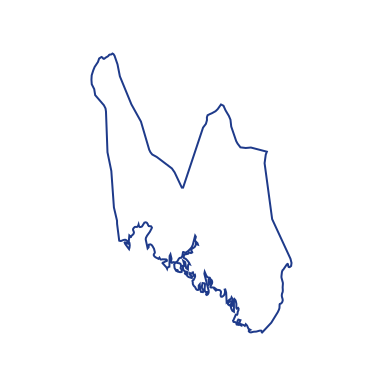 an SVG outline of Västernorrland, rotated 76°
{"feature_id": "SWE-191", "entity_name": "Västernorrland", "entity_type": "County", "adm_level": 1, "iso_a3": "SWE", "parent_name": "Sweden", "parent_adm1": "", "projection": "natural_earth1", "projection_center": [17.916, 63.083], "detail": "fine", "context": "isolated", "style": "outline", "palette": "blue", "viewbox_px": 384, "rotation_deg": 76, "n_neighbors": 0, "source": "natural_earth", "source_scale": "10m", "svg_char_len": 6111}
<svg xmlns="http://www.w3.org/2000/svg" viewBox="0 0 384 384"><g transform="rotate(76 192 192)"><path d="M345.6,158.7L345.3,158.4L344.1,157.9L343.2,158.5L342.9,160.0L343.0,163.1L342.9,163.9L342.6,165.4L342.5,166.1L342.5,168.8L341.9,170.0L340.9,170.6L340.1,170.3L339.8,168.8L338.3,170.3L334.9,170.9L333.3,171.8L333.7,172.1L334.7,173.1L333.9,173.7L332.6,175.7L331.9,176.7L333.3,176.7L332.2,178.1L330.9,178.0L328.1,176.0L327.0,177.9L328.1,179.0L330.2,179.5L331.9,179.6L331.4,180.7L330.6,180.8L329.7,180.7L328.9,181.2L328.5,182.1L328.3,182.8L327.9,183.2L326.8,183.3L326.5,182.9L324.6,181.4L324.2,181.2L323.6,180.6L322.3,179.7L321.6,179.1L322.0,177.9L321.2,177.3L320.0,176.9L319.0,176.4L317.9,175.5L316.4,175.0L315.6,175.3L316.0,176.7L315.1,177.0L311.3,176.0L308.5,175.9L307.3,176.1L306.2,176.7L307.6,177.6L318.3,180.3L317.1,181.5L314.9,182.1L310.4,182.1L310.9,183.3L309.8,184.2L308.8,184.1L307.9,183.3L307.6,182.1L307.4,180.7L308.9,180.3L312.2,180.3L312.2,179.6L305.8,178.5L303.8,179.1L304.8,179.7L305.2,180.4L305.3,181.2L305.7,182.1L307.2,184.3L307.6,185.1L297.8,183.2L294.6,183.3L294.6,183.9L296.0,183.9L297.6,184.4L299.0,185.2L299.9,186.0L300.5,187.0L300.9,188.1L300.7,189.0L299.7,189.3L298.3,189.0L296.9,188.3L295.5,188.0L294.1,188.7L293.6,189.5L293.3,190.5L292.8,191.5L291.8,192.3L294.1,192.3L291.1,193.9L290.1,194.1L289.7,194.6L289.3,196.7L288.7,197.2L288.0,196.9L285.7,194.8L284.7,194.3L283.6,194.1L282.5,194.2L281.5,194.8L283.7,195.9L284.9,196.6L285.7,197.7L281.2,197.2L280.4,196.1L280.1,195.7L279.5,195.5L279.3,195.8L279.3,196.3L279.1,196.6L278.2,197.7L276.5,198.4L272.6,199.0L274.3,199.8L291.9,199.7L293.7,200.2L295.1,201.4L295.5,202.6L294.9,203.1L293.9,202.6L293.2,201.4L292.7,201.4L292.2,203.1L290.6,203.5L288.7,203.1L284.6,201.7L283.6,202.1L282.9,203.8L286.1,205.3L287.1,205.6L289.6,205.0L291.0,204.9L291.8,205.6L291.1,207.4L288.4,207.7L283.4,206.8L284.4,208.1L287.8,208.9L288.5,209.8L288.3,210.6L287.7,211.2L286.9,211.6L285.3,211.9L284.6,212.2L284.1,212.6L283.4,213.0L281.9,213.4L281.1,213.4L279.8,213.1L278.7,213.1L278.2,213.0L278.0,212.7L277.7,211.7L275.5,209.9L274.4,209.3L273.1,209.2L273.2,209.6L273.5,210.5L270.2,210.5L270.2,211.0L271.0,211.4L271.1,212.0L270.8,212.8L270.2,213.5L271.8,214.0L274.0,212.4L275.4,213.0L273.8,215.7L272.7,216.7L271.4,217.1L270.8,217.5L270.1,218.2L269.4,218.6L268.6,218.1L268.6,217.5L268.9,216.8L269.5,216.2L269.8,215.9L268.8,215.6L268.2,216.3L267.6,217.4L267.0,218.4L265.7,219.1L264.3,219.2L261.4,218.9L261.7,218.1L261.9,217.8L260.7,217.2L259.4,217.0L256.7,217.1L258.4,215.6L264.4,216.1L266.1,214.7L263.2,213.9L261.8,213.3L260.9,212.3L261.4,211.7L259.8,212.0L257.5,213.0L255.3,214.3L254.3,215.6L253.9,215.9L252.8,215.7L251.6,215.1L251.0,214.7L250.9,213.9L251.0,210.8L250.9,210.5L250.3,209.7L250.1,209.2L250.2,208.8L250.9,208.0L251.0,207.8L250.7,206.4L249.9,206.4L248.8,206.8L247.8,206.8L247.3,206.2L246.1,202.9L245.5,202.2L244.8,201.6L244.0,201.1L243.1,200.8L243.6,200.4L244.5,199.0L243.0,199.1L240.8,200.4L239.8,200.8L238.5,200.4L237.4,199.6L236.3,199.1L235.1,199.5L243.6,204.1L245.7,205.9L246.9,207.6L248.5,210.4L249.4,213.2L248.2,214.7L248.2,215.3L251.2,216.6L252.0,217.1L252.8,217.9L253.1,218.2L253.0,219.9L253.5,220.9L255.8,223.0L256.3,224.7L256.1,225.7L255.5,227.2L255.5,227.7L255.9,228.6L255.6,229.0L255.0,229.2L254.4,229.3L253.9,229.1L252.3,228.2L251.5,228.0L247.3,228.0L248.7,229.2L259.0,232.0L259.1,233.0L259.3,233.7L259.8,234.3L260.5,234.7L259.0,235.0L253.9,237.8L253.5,237.5L253.4,236.4L252.8,233.8L252.9,233.3L252.7,233.0L251.8,232.9L251.3,233.2L251.0,233.9L250.2,236.7L250.1,238.1L249.9,238.8L249.3,239.1L247.8,239.5L248.7,240.7L246.6,243.1L245.3,244.1L244.0,244.4L243.2,244.1L242.1,242.9L241.4,242.6L237.9,242.6L235.0,243.4L233.5,244.1L232.7,245.1L232.7,246.6L233.9,247.1L235.2,247.5L236.0,248.7L227.0,248.4L226.0,248.1L225.2,247.7L223.9,246.5L223.6,246.3L220.5,242.6L217.5,239.9L216.8,239.5L215.4,240.0L214.6,242.2L213.5,242.6L212.1,242.8L210.9,243.3L210.2,244.2L210.2,245.6L213.2,248.7L213.4,249.0L213.5,249.7L213.5,250.5L213.4,251.1L212.9,251.5L212.1,251.7L211.3,251.7L210.6,251.7L211.4,252.2L212.2,252.9L212.6,253.9L212.2,255.0L212.1,255.9L212.7,257.1L213.5,258.0L214.4,258.4L216.5,258.1L217.5,258.2L218.6,259.0L219.1,259.8L219.6,260.7L220.1,261.6L220.9,262.1L220.9,262.6L220.3,262.6L219.9,262.7L219.0,263.3L224.9,265.4L226.3,265.0L228.6,265.3L230.8,266.1L232.2,266.9L226.5,269.3L224.8,269.6L224.6,269.2L226.5,266.9L225.4,266.4L224.1,266.6L223.0,267.3L222.3,268.1L222.0,269.4L222.1,270.9L222.3,272.1L222.3,273.0L221.8,274.1L221.6,274.4L204.8,272.4L201.7,271.7L188.1,271.5L152.1,265.2L133.0,264.4L93.1,256.0L90.0,255.7L86.5,256.5L74.6,262.5L68.5,262.0L63.2,263.2L58.7,262.4L54.5,261.1L50.1,258.4L47.1,256.2L43.1,251.8L40.0,249.8L39.1,247.2L39.8,246.4L41.0,245.9L41.5,245.3L41.4,244.7L40.7,243.2L40.0,240.8L39.6,240.1L38.9,239.2L38.8,238.8L38.8,238.3L39.0,237.3L38.9,236.7L38.4,235.7L39.1,234.9L41.0,234.2L50.1,233.4L62.3,234.0L92.3,229.6L111.3,224.5L140.6,223.3L143.4,222.7L146.0,221.5L149.4,217.8L164.3,205.8L168.8,204.1L185.3,200.8L185.6,199.6L132.2,165.7L129.2,162.0L125.9,160.1L123.2,159.5L121.3,158.3L120.7,155.6L120.4,153.7L119.3,149.6L117.8,147.0L114.1,142.7L115.9,140.6L120.9,139.7L127.2,137.8L131.2,137.2L138.0,138.1L153.3,136.8L156.0,136.1L160.4,134.2L162.3,129.2L163.1,124.1L171.0,109.6L173.6,111.4L181.6,114.6L237.7,120.8L280.6,112.6L284.9,112.6L287.7,113.7L288.3,114.8L288.5,115.7L288.2,116.3L287.6,116.5L285.2,116.4L284.9,116.7L285.2,117.5L289.4,122.2L289.7,122.9L290.3,123.4L291.4,124.1L295.4,125.6L296.8,125.9L301.9,125.8L303.0,126.0L306.4,127.1L309.5,127.7L310.9,128.2L312.5,129.3L314.0,129.9L315.4,130.1L318.0,130.0L319.4,130.3L320.9,131.3L321.7,132.5L321.8,133.3L321.9,133.9L322.3,134.2L325.7,135.2L327.2,136.1L329.4,137.9L338.0,146.7L345.4,158.1L345.6,158.7ZM264.6,226.5L261.5,227.3L257.9,226.8L256.5,225.0L257.2,223.5L257.8,222.4L258.0,221.5L258.9,220.6L260.5,220.4L261.7,220.7L262.4,221.2L263.1,221.5L264.8,220.9L266.3,221.1L267.0,221.3L267.1,222.0L266.8,223.2L266.2,224.1L266.1,224.6L265.9,224.9L265.1,224.8L264.3,224.9L264.1,225.3L264.6,225.6L265.0,226.0L264.6,226.5Z" fill="none" stroke="#1e3a8a" stroke-width="2"/></g></svg>